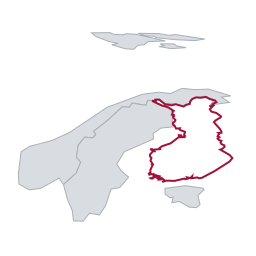 Finland and the surrounding countries, rotated 4°
{"feature_id": "FIN", "entity_name": "Finland", "entity_type": "country or territory", "adm_level": 0, "iso_a3": "FIN", "parent_name": "Europe", "parent_adm1": "", "projection": "equal_earth", "projection_center": [24.864, 64.94], "detail": "medium", "context": "with_neighbors", "style": "outline", "palette": "rose", "viewbox_px": 256, "rotation_deg": 4, "n_neighbors": 3, "source": "natural_earth", "source_scale": "50m", "svg_char_len": 3625}
<svg xmlns="http://www.w3.org/2000/svg" viewBox="0 0 256 256"><g transform="rotate(4 128 128)"><path d="M116.5,35.5L119.2,34.1L129.0,33.9L159.2,38.6L142.1,40.4L138.1,43.9L132.1,44.8L128.4,49.0L120.2,49.2L105.9,46.1L112.3,44.3L102.3,42.9L89.7,39.0L85.1,35.6L103.5,34.1L107.0,35.5L116.5,35.5ZM227.4,95.4L209.1,99.1L212.0,93.8L202.5,90.9L191.1,93.4L187.6,98.9L180.5,102.2L172.6,100.4L162.9,100.8L154.8,96.8L150.3,98.8L145.7,99.1L144.3,104.1L130.3,102.9L128.1,107.2L120.9,107.2L107.0,121.9L93.9,133.8L96.4,136.8L93.3,140.3L85.6,140.1L79.5,148.5L78.6,160.6L83.2,165.4L79.4,176.6L67.6,188.9L62.8,182.8L45.1,194.3L33.8,196.6L23.1,191.5L21.8,181.0L23.0,159.1L31.3,153.1L53.4,145.6L70.1,136.4L105.7,108.8L139.8,93.4L156.0,90.2L168.0,90.6L179.2,84.7L192.4,85.0L205.4,83.6L228.4,88.8L219.1,90.7L227.4,95.4ZM198.4,33.9L188.6,36.1L169.2,36.6L149.4,35.9L148.3,34.8L138.8,34.7L131.6,32.8L152.2,31.7L161.8,32.7L168.6,31.5L198.4,33.9ZM180.5,43.8L165.3,45.8L153.4,44.6L158.1,43.4L154.1,41.8L168.1,40.9L170.8,42.7L180.5,43.8Z" fill="#d9dde1" stroke="#a8b0b8" stroke-width="1"/><path d="M67.6,188.9L79.4,176.6L83.2,165.4L78.6,160.6L79.5,148.5L85.6,140.1L93.3,140.3L96.4,136.8L93.9,133.8L107.0,121.9L120.9,107.2L128.1,107.2L130.3,102.9L144.3,104.1L145.7,99.1L150.3,98.8L171.5,107.8L171.6,120.2L174.1,123.5L160.9,125.8L153.3,131.8L154.3,137.1L126.0,151.9L119.3,164.9L124.6,171.6L132.1,176.9L124.0,187.9L115.3,190.2L111.0,207.1L105.6,216.7L95.4,215.7L90.0,224.0L80.1,224.5L78.3,214.6L72.4,203.0L67.6,188.9Z" fill="#d9dde1" stroke="#a8b0b8" stroke-width="1"/><path d="M207.0,182.8L208.2,184.5L202.5,190.2L205.2,199.5L201.7,202.7L194.8,202.7L184.0,197.7L176.9,199.5L177.9,193.6L174.8,194.8L169.6,191.3L169.0,185.6L189.6,181.5L207.0,182.8Z" fill="#d9dde1" stroke="#a8b0b8" stroke-width="1"/><path d="M176.0,125.2L174.2,122.3L172.6,121.4L172.6,119.5L173.9,118.7L174.8,116.8L172.2,114.2L172.1,113.4L173.3,112.6L173.0,111.9L170.9,111.6L171.5,110.4L171.3,108.3L172.3,107.7L166.5,104.4L160.1,103.2L150.1,99.3L153.3,99.2L153.8,99.0L153.4,97.9L157.3,97.5L163.2,101.7L170.0,102.3L174.0,101.0L182.0,102.7L184.3,100.9L188.0,99.6L188.1,97.4L189.9,94.7L193.7,92.7L198.1,92.8L203.6,91.6L207.5,93.4L212.9,94.5L214.4,96.0L210.9,98.2L211.8,99.4L207.8,100.3L210.5,101.0L208.3,103.5L210.0,105.8L215.0,106.8L220.0,109.9L219.7,110.9L214.6,114.5L213.3,116.2L220.0,122.8L221.5,125.3L221.6,126.2L218.7,126.7L219.5,127.2L218.0,129.9L219.8,130.8L218.1,132.3L219.6,133.7L222.1,134.3L221.3,136.1L222.3,137.5L225.3,138.6L225.7,140.0L223.3,142.4L221.6,143.1L231.2,147.8L234.2,150.7L231.6,154.4L216.7,165.4L205.2,172.5L202.5,173.2L200.4,172.5L195.0,173.7L195.3,171.7L193.7,173.6L190.3,173.1L191.0,174.4L188.7,175.1L187.9,174.5L178.1,177.5L170.1,177.8L166.0,179.4L167.9,177.5L165.3,175.6L164.6,177.0L161.9,177.4L161.8,176.2L163.0,175.5L162.4,175.0L163.0,174.0L157.1,172.8L156.7,172.0L155.2,172.6L153.7,172.0L153.2,168.4L155.0,163.6L154.5,162.9L155.4,162.6L152.7,158.9L153.5,156.2L152.1,155.0L151.7,153.1L154.7,149.3L156.1,149.3L155.3,147.8L161.5,146.8L160.9,145.7L163.2,143.8L171.6,140.3L179.1,133.7L184.8,133.2L184.3,132.4L185.4,131.9L184.5,130.8L185.2,127.9L180.0,126.3L179.3,125.6L179.7,124.7L176.0,125.2ZM159.7,174.1L161.6,174.8L160.8,175.1L161.1,176.1L158.9,174.9L159.7,174.1ZM182.5,131.7L179.3,132.2L179.2,131.6L182.5,131.7ZM151.7,147.1L152.8,147.6L154.4,147.4L153.0,148.3L151.7,147.1ZM153.8,172.6L152.6,173.1L152.0,171.9L152.4,171.6L153.8,172.6ZM158.2,174.5L156.8,174.0L156.9,173.2L157.5,173.5L158.2,174.5ZM157.1,175.8L156.0,176.7L155.7,176.6L156.3,175.8L157.1,175.8ZM155.2,176.1L154.5,176.8L154.0,176.5L155.2,176.1Z" fill="none" stroke="#9f1239" stroke-width="2"/></g></svg>